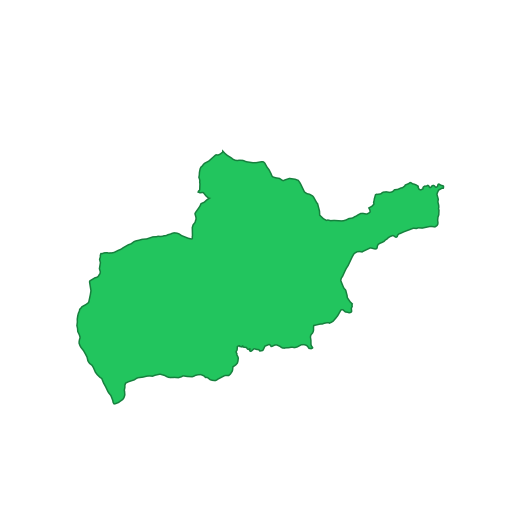 Matanza, Santander, Colombia (orthographic projection), rotated 241°
{"feature_id": "7082276B77365397936379", "entity_name": "Matanza", "entity_type": "district", "adm_level": 2, "iso_a3": "COL", "parent_name": "Colombia", "parent_adm1": "Santander", "projection": "orthographic", "projection_center": [-73.058, 7.329], "detail": "fine", "context": "isolated", "style": "filled", "palette": "green", "viewbox_px": 512, "rotation_deg": 241, "n_neighbors": 0, "source": "geoboundaries", "source_scale": "gbopen_adm2", "svg_char_len": 6106}
<svg xmlns="http://www.w3.org/2000/svg" viewBox="0 0 512 512"><g transform="rotate(241 256 256)"><path d="M363.8,277.8L363.0,277.3L362.5,274.1L362.6,272.3L362.9,271.4L363.6,270.6L363.9,269.6L361.9,260.8L362.0,256.0L361.6,254.4L360.8,252.8L360.4,250.9L359.3,249.4L356.6,247.1L354.2,245.6L352.5,244.2L350.7,243.9L348.9,243.3L348.0,242.6L346.2,241.9L341.4,239.0L341.0,238.7L340.6,237.2L340.0,236.4L338.4,237.7L337.5,240.0L336.9,240.7L332.8,241.4L329.5,242.6L329.1,243.1L328.9,240.0L328.1,236.9L328.4,233.5L328.1,232.7L327.4,232.1L326.2,230.1L323.3,224.1L322.5,223.1L318.8,222.2L317.2,221.4L316.5,220.5L314.9,219.0L313.8,216.2L311.8,214.1L304.6,210.3L303.6,209.5L302.3,208.9L302.0,208.4L302.3,207.6L304.5,205.2L309.9,200.8L312.8,199.3L314.3,197.9L315.9,195.7L316.5,193.6L316.6,191.9L317.3,189.4L317.4,187.2L318.3,185.3L318.6,183.7L319.5,181.7L320.7,180.0L321.1,178.3L322.7,175.1L323.9,168.7L325.8,164.4L326.5,161.4L327.4,158.4L327.7,156.5L327.2,152.6L327.7,149.8L327.6,143.6L327.4,142.2L327.4,140.6L327.7,138.4L327.9,133.6L328.7,131.1L329.6,129.5L329.6,129.0L331.1,127.3L332.3,124.8L332.7,122.5L333.3,121.6L333.2,121.4L332.1,120.2L330.6,119.4L328.9,117.6L325.6,116.7L320.8,112.9L317.7,112.2L316.1,111.0L315.8,110.1L314.7,108.2L314.5,107.3L314.6,106.0L315.0,104.7L314.8,98.7L314.1,97.9L305.6,94.8L302.4,92.3L297.0,87.6L296.4,86.7L296.0,84.0L296.0,79.2L295.1,77.1L294.9,76.0L293.5,74.9L292.1,73.0L290.1,71.1L287.5,69.1L284.8,67.7L281.9,65.6L279.4,64.9L276.3,63.5L272.8,63.3L270.4,62.8L269.3,62.1L268.8,61.4L267.0,59.9L265.5,59.0L262.9,58.6L261.0,58.6L256.6,59.3L252.8,59.3L249.4,59.2L245.9,58.2L244.6,58.2L242.7,58.4L239.9,59.6L237.3,59.7L232.2,59.2L229.3,59.6L225.6,60.7L223.6,61.7L218.8,61.1L214.3,61.1L209.8,60.8L207.9,60.8L204.6,61.4L203.3,61.3L199.1,60.7L197.3,60.1L195.7,60.1L195.4,60.3L195.0,61.4L194.5,65.0L194.7,65.7L195.1,69.7L195.6,71.0L196.6,72.4L198.1,73.9L201.3,75.4L202.4,75.7L204.5,77.5L206.6,78.7L208.0,80.3L207.9,83.3L206.7,89.6L206.9,91.7L206.8,93.6L204.9,98.4L203.8,102.4L202.7,104.8L201.0,107.3L200.7,109.8L199.2,114.8L195.8,118.2L193.6,119.6L192.3,120.7L190.8,122.8L190.6,123.6L189.9,124.5L189.7,125.3L187.2,129.1L186.5,132.4L186.6,133.6L186.2,134.6L184.0,137.4L181.3,141.7L181.0,143.3L181.0,145.1L180.3,147.6L179.0,150.3L176.5,152.3L174.2,153.0L173.7,154.1L172.9,154.8L170.0,156.0L168.4,157.6L166.8,159.9L166.6,161.4L166.8,163.2L166.6,170.4L166.3,171.4L164.7,174.2L165.2,176.4L166.6,179.1L167.7,180.3L170.2,182.0L170.6,185.6L171.4,187.8L172.8,189.2L175.3,191.0L176.8,191.3L178.9,191.3L180.0,192.0L181.3,191.9L181.9,192.1L183.0,193.9L185.8,195.8L185.8,197.6L185.5,198.0L184.5,198.1L184.1,198.9L183.6,199.2L183.7,200.7L182.7,200.5L180.6,203.3L179.1,203.4L178.5,203.6L178.0,204.3L177.8,205.6L177.5,205.6L176.6,204.6L176.0,204.6L175.3,205.0L175.1,205.9L175.8,209.1L175.4,209.9L174.0,211.2L172.7,213.1L171.2,213.2L171.0,213.4L170.2,215.7L170.3,216.6L172.8,220.1L172.3,224.6L171.4,225.2L169.5,225.4L169.2,226.3L169.0,229.3L168.2,231.0L165.3,233.2L163.9,233.8L162.7,234.6L161.6,236.3L161.3,237.5L160.0,240.0L159.1,242.6L158.6,243.6L157.3,245.1L156.9,246.3L156.5,248.0L156.4,252.6L155.2,255.0L154.1,256.2L153.3,256.8L152.1,257.3L149.5,257.6L148.2,259.3L148.1,260.8L148.4,261.1L150.3,260.9L151.8,261.1L155.6,263.1L158.7,264.3L160.0,265.3L160.6,266.3L161.3,268.2L162.1,269.3L163.3,270.4L165.7,271.7L167.2,272.8L165.4,279.1L164.4,281.0L164.1,283.0L163.4,285.3L162.7,286.8L162.2,287.4L161.7,287.6L161.5,289.7L161.6,291.8L163.0,295.7L164.3,298.7L167.5,303.9L167.5,304.7L167.4,305.2L166.7,306.0L163.8,307.0L162.3,308.9L161.5,309.6L160.9,310.6L160.8,312.1L161.0,312.6L161.6,313.0L163.6,313.8L164.3,314.3L165.1,315.5L165.6,315.9L166.7,316.1L167.4,317.0L170.3,316.1L174.9,315.7L175.7,315.8L177.3,316.5L182.4,317.8L183.1,317.8L184.9,317.3L187.0,317.4L193.3,318.2L193.9,318.5L195.5,320.2L196.1,321.6L199.8,326.6L201.4,328.9L203.0,331.9L208.6,339.7L210.2,342.3L210.6,343.4L210.7,346.5L210.4,347.2L209.6,348.9L208.1,350.8L208.2,351.7L207.7,359.8L206.8,361.0L204.9,363.0L204.2,364.0L204.0,364.9L204.3,365.7L206.1,367.2L207.0,368.7L207.0,371.5L206.8,372.2L206.7,375.0L207.3,376.9L207.4,379.0L207.9,380.6L208.0,382.8L207.6,385.5L207.1,386.1L204.9,387.2L204.4,388.0L204.6,389.0L205.6,390.0L206.1,392.1L205.8,393.0L205.5,397.1L204.0,407.2L202.3,409.6L202.0,411.6L199.8,415.0L197.6,422.2L196.5,424.2L194.7,426.6L194.8,428.5L195.1,429.5L195.7,430.4L196.8,431.2L199.2,432.2L201.7,433.9L203.4,435.8L207.3,438.2L209.0,438.6L210.0,439.5L211.9,440.4L215.2,441.3L217.2,442.9L222.4,444.2L224.1,446.2L225.1,447.8L225.1,451.4L224.5,452.7L224.9,453.1L226.1,453.8L226.6,453.7L228.4,451.9L230.2,450.9L230.4,450.4L230.3,449.9L228.9,448.5L228.7,447.1L229.2,446.4L230.9,446.0L231.7,445.4L231.9,444.8L232.0,443.8L231.4,442.7L231.4,441.5L231.8,441.1L233.8,441.0L234.5,440.5L234.5,438.8L235.3,437.5L235.2,435.9L234.8,435.2L233.8,434.6L233.9,432.5L234.1,431.8L235.3,431.0L237.6,431.1L238.2,431.6L238.9,431.5L239.1,431.2L240.2,430.7L241.9,429.4L243.3,427.9L245.2,426.9L245.5,426.3L245.3,424.7L245.7,421.0L245.0,419.8L244.7,417.1L245.2,415.8L245.5,412.3L246.7,409.4L246.7,408.9L246.2,407.7L246.2,405.4L246.9,403.6L248.9,401.1L250.1,398.3L250.2,397.0L249.9,396.1L249.9,395.1L251.0,392.2L251.6,391.2L251.6,390.2L248.4,387.0L247.6,386.5L245.8,384.8L244.6,384.5L244.2,384.2L243.3,381.5L243.3,378.0L241.0,377.9L239.3,377.3L238.9,376.2L238.9,373.6L239.3,372.7L241.4,370.2L242.4,368.2L242.5,365.1L242.3,362.9L242.5,361.7L242.4,358.8L243.7,355.4L243.8,352.4L244.4,349.7L245.2,347.8L249.2,341.6L250.7,338.4L252.6,336.3L253.0,334.8L256.0,333.0L260.8,331.5L264.5,333.3L271.9,335.2L273.2,334.9L279.5,334.9L281.0,334.6L282.9,333.5L284.1,332.7L285.8,330.8L288.5,329.4L296.9,329.9L299.1,329.9L301.6,329.6L304.1,327.5L307.6,322.9L308.5,318.2L308.6,316.8L308.8,316.2L309.9,315.4L312.4,314.2L314.7,311.3L316.8,309.2L318.3,308.7L320.3,309.0L325.0,309.2L328.4,308.7L333.0,308.7L334.5,308.2L335.1,307.7L335.7,306.7L337.7,300.9L337.7,301.1L339.0,298.6L342.9,293.5L344.4,292.1L345.2,291.6L346.2,290.5L347.9,287.7L348.5,286.0L349.9,284.1L352.2,282.5L353.3,282.2L358.0,279.6L360.9,278.5L363.8,277.8Z" fill="#22c55e" stroke="#15803d" stroke-width="1.5"/></g></svg>